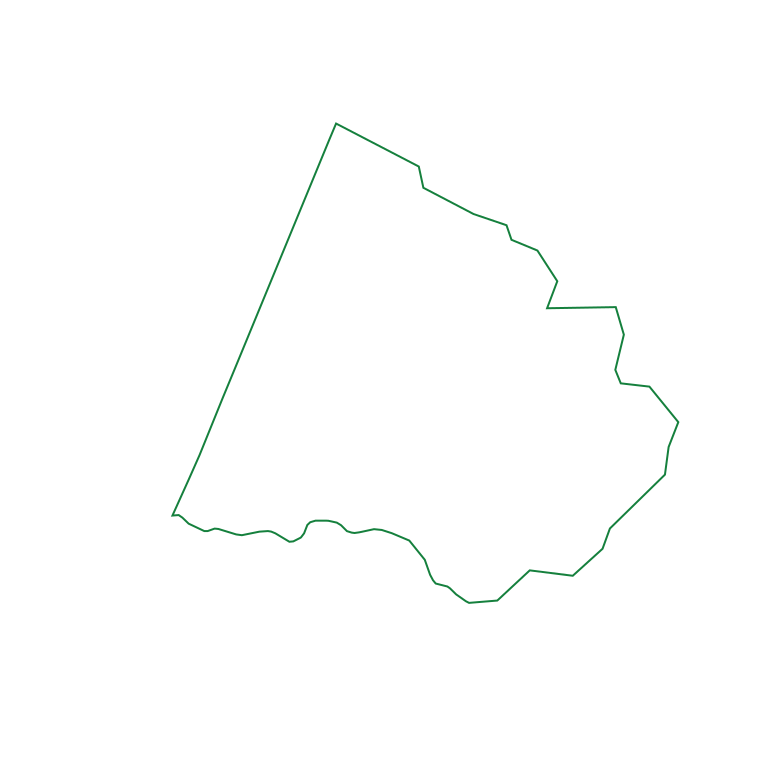 the district of Columbia, Georgia, United States of America, rotated 154°
{"feature_id": "52423323B94231025713709", "entity_name": "Columbia", "entity_type": "district", "adm_level": 2, "iso_a3": "USA", "parent_name": "United States of America", "parent_adm1": "Georgia", "projection": "natural_earth1", "projection_center": [-82.204, 33.528], "detail": "fine", "context": "isolated", "style": "outline", "palette": "green", "viewbox_px": 768, "rotation_deg": 154, "n_neighbors": 0, "source": "geoboundaries", "source_scale": "gbopen_adm2", "svg_char_len": 1054}
<svg xmlns="http://www.w3.org/2000/svg" viewBox="0 0 768 768"><g transform="rotate(154 384 384)"><path d="M403.5,150.0L377.1,139.7L334.7,152.6L298.4,128.9L259.8,140.1L244.3,155.1L171.2,179.4L155.8,202.6L136.2,220.7L146.6,265.3L170.9,280.8L169.9,295.3L146.8,323.2L142.0,351.5L204.2,380.6L183.2,400.4L187.6,436.7L206.2,457.7L204.3,473.0L229.0,497.5L262.6,543.1L257.4,564.2L312.9,639.1L326.5,627.2L511.3,463.2L535.6,441.7L580.9,401.0L601.2,383.9L631.8,358.5L626.0,356.2L623.8,352.3L620.8,344.1L610.0,330.6L606.9,329.1L599.7,328.3L599.0,327.9L596.4,326.3L582.8,313.6L578.0,310.4L560.7,305.9L552.8,302.7L550.1,300.8L547.1,297.4L538.2,283.7L534.5,282.3L527.3,282.4L525.9,282.5L521.3,284.8L514.7,290.9L510.9,292.1L505.5,291.2L494.3,285.7L491.7,283.7L487.2,280.1L484.5,275.9L481.8,268.0L478.2,264.6L475.8,263.0L471.5,261.6L468.8,260.9L456.6,257.9L450.0,253.8L442.4,246.5L429.9,232.2L424.4,208.1L426.2,192.3L426.0,186.9L426.0,186.2L425.0,182.0L415.8,174.2L414.3,171.5L411.4,163.3L405.6,152.8L403.5,150.0Z" fill="none" stroke="#15803d" stroke-width="2"/></g></svg>